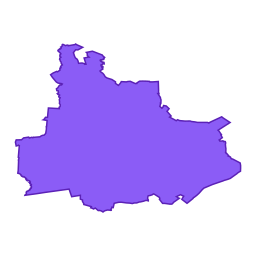 Zantes pag., Kandavas, Latvia
{"feature_id": "27541924B93807548705439", "entity_name": "Zantes pag.", "entity_type": "district", "adm_level": 2, "iso_a3": "LVA", "parent_name": "Latvia", "parent_adm1": "Kandavas", "projection": "natural_earth1", "projection_center": [22.704, 56.858], "detail": "fine", "context": "isolated", "style": "filled", "palette": "violet", "viewbox_px": 256, "rotation_deg": 0, "n_neighbors": 0, "source": "geoboundaries", "source_scale": "gbopen_adm2", "svg_char_len": 5479}
<svg xmlns="http://www.w3.org/2000/svg" viewBox="0 0 256 256"><path d="M102.3,55.0L92.4,51.2L86.4,52.4L87.2,53.2L87.3,55.5L88.9,57.1L88.4,57.1L84.1,58.0L86.0,64.2L84.8,64.3L84.5,63.7L82.1,63.0L78.6,63.3L78.0,60.9L77.2,59.3L77.0,59.1L75.4,57.9L74.7,56.5L74.1,54.9L74.1,54.6L73.4,52.7L75.6,49.8L77.9,49.9L82.7,47.3L77.1,44.9L75.6,44.0L74.9,44.6L68.4,45.7L68.4,45.4L68.2,45.4L67.8,45.2L67.3,45.1L67.1,45.1L65.5,45.6L63.3,44.5L62.6,44.4L62.4,44.5L62.5,44.7L62.2,45.2L61.9,46.4L61.7,46.6L61.0,46.9L60.7,47.1L61.1,47.5L61.2,47.8L60.8,48.7L60.5,48.9L60.3,49.0L59.9,48.8L59.5,48.9L59.5,49.4L59.3,49.6L58.7,49.7L58.3,49.9L58.0,50.4L57.9,50.7L58.4,51.4L59.1,51.9L59.9,52.6L60.4,53.1L60.4,53.3L60.8,53.5L60.7,53.9L60.5,54.1L60.2,54.2L60.1,54.4L60.4,54.6L60.1,55.0L59.8,55.8L59.9,56.3L60.9,57.2L59.8,58.1L59.6,59.4L60.1,59.9L60.2,60.9L61.1,62.1L61.3,63.6L61.8,64.0L62.3,64.9L61.5,65.4L60.9,66.2L60.6,66.8L60.5,67.0L60.8,67.3L60.6,67.4L60.6,68.1L59.9,68.3L59.9,69.5L60.0,70.1L57.6,71.8L56.7,71.4L53.1,73.0L50.6,74.7L52.5,77.5L56.3,82.0L58.1,83.1L61.5,83.6L62.3,84.0L61.6,84.9L59.7,85.1L58.9,86.0L57.8,87.8L56.4,88.8L56.8,90.6L58.1,90.7L58.5,92.7L58.2,93.0L57.9,93.1L57.8,93.4L57.3,93.6L57.9,94.4L58.9,94.6L59.6,95.1L58.7,96.3L59.0,97.2L60.1,97.7L59.9,98.2L59.3,99.5L59.6,101.8L59.4,103.4L60.3,104.8L60.1,106.6L59.1,107.3L59.3,108.6L48.4,108.0L47.5,117.4L45.5,117.3L43.8,119.6L43.4,119.8L47.1,120.5L46.6,126.6L46.3,126.6L46.4,128.4L46.3,129.9L46.2,130.3L45.7,133.4L44.2,135.1L42.3,135.4L40.7,136.2L40.0,136.8L34.2,137.3L33.3,137.2L32.9,137.7L31.7,137.3L29.3,138.0L28.7,137.1L23.6,137.9L21.5,139.8L16.2,139.9L15.4,142.1L16.2,146.0L18.3,145.4L18.4,145.2L18.9,145.4L19.2,145.8L19.3,145.8L18.6,153.8L18.3,157.1L18.3,157.3L18.5,157.3L19.0,157.9L18.4,160.0L18.6,160.1L18.2,170.5L17.8,173.2L19.6,173.7L19.8,173.9L20.7,174.5L20.9,174.8L21.0,174.9L20.9,175.1L21.0,175.3L21.3,175.8L21.8,176.1L21.9,176.3L22.8,176.4L22.9,176.5L23.0,176.9L24.0,177.0L24.5,176.9L24.6,177.0L24.7,177.3L24.9,177.5L25.7,178.0L25.6,178.3L25.7,178.5L26.0,178.9L26.4,178.8L26.6,179.0L26.1,179.2L26.1,179.4L26.4,179.4L26.4,179.6L26.2,179.6L26.5,180.1L27.3,180.8L27.5,180.8L27.7,180.5L28.0,180.4L28.6,180.5L29.1,180.8L29.6,180.8L29.8,181.2L29.7,181.5L29.4,181.8L29.3,182.1L29.6,182.1L29.8,181.9L30.3,182.1L30.2,182.5L29.9,182.6L30.2,182.7L30.2,182.9L29.8,183.3L29.8,183.6L30.8,184.0L31.0,184.5L31.4,184.7L31.3,185.1L30.8,185.2L30.5,185.4L30.7,185.7L31.0,185.9L31.5,186.7L31.5,187.2L31.2,187.7L31.2,188.1L30.8,188.5L30.4,188.2L30.3,188.3L30.2,188.5L30.3,189.1L29.7,189.5L29.8,189.8L29.8,190.0L29.7,190.1L29.3,190.1L28.7,190.5L28.2,190.6L28.0,191.1L27.8,191.2L27.2,191.2L26.8,191.4L26.6,191.5L26.6,191.8L26.3,192.1L26.2,192.5L26.4,192.7L26.4,192.9L26.4,193.4L26.3,193.7L26.3,194.1L25.6,194.5L25.4,194.8L25.0,195.0L24.9,195.3L36.6,193.7L45.1,192.4L69.1,189.1L70.5,193.3L71.7,196.7L80.4,195.3L80.3,199.1L81.4,199.6L82.5,200.0L82.5,201.5L83.8,203.6L83.8,204.5L91.3,206.6L90.7,207.8L91.8,208.1L93.6,209.0L95.0,208.2L95.3,208.1L96.2,208.8L98.1,210.5L99.0,210.6L99.4,210.4L101.2,210.9L101.6,211.1L103.0,212.0L104.6,210.8L107.5,210.0L110.0,210.2L110.9,210.4L111.2,210.3L110.9,209.2L111.4,209.0L111.5,208.7L111.9,207.2L113.2,207.6L114.2,203.3L118.6,202.3L121.1,202.2L126.3,202.9L129.7,203.1L132.0,203.5L132.6,203.5L134.0,203.0L136.8,202.9L139.3,202.0L140.5,201.9L143.6,201.2L145.5,200.5L147.3,200.4L148.1,200.9L148.3,200.9L148.3,199.9L147.9,199.1L147.6,198.4L147.9,196.4L148.2,195.8L150.0,195.5L152.2,194.8L153.0,194.2L153.3,193.9L154.5,194.3L155.3,194.8L159.4,197.4L159.8,198.4L159.4,199.3L162.6,203.4L164.6,203.4L166.2,203.6L169.7,204.1L171.6,204.1L172.4,203.8L173.6,202.3L179.3,198.3L178.0,197.8L177.2,197.0L176.5,196.6L180.5,194.7L183.7,196.2L181.8,199.3L187.0,203.3L188.7,202.0L193.1,198.4L193.4,197.6L194.2,197.3L196.7,195.4L199.0,193.3L202.3,189.6L203.9,188.1L212.7,184.4L223.0,180.9L224.2,180.4L227.9,179.3L230.3,178.4L233.2,176.3L237.0,173.6L237.2,173.3L238.6,172.3L240.5,171.2L240.5,170.7L240.6,168.4L240.6,165.5L240.2,163.0L232.6,159.0L231.3,158.8L230.4,157.0L228.7,156.2L229.0,156.1L226.5,153.2L226.2,153.3L225.6,152.3L225.8,152.2L225.9,148.6L225.6,146.7L225.4,144.1L225.7,143.0L225.3,141.6L224.8,141.4L223.5,141.6L223.0,140.8L221.3,141.1L220.1,141.1L219.8,141.0L219.8,140.9L219.2,140.0L219.8,139.7L221.6,138.1L222.3,137.7L220.9,134.9L221.4,134.6L218.6,130.6L218.1,130.2L230.1,122.5L223.2,118.0L221.7,116.8L210.1,122.2L210.1,122.3L208.9,122.8L208.8,123.0L207.4,122.4L204.5,122.4L197.4,122.4L194.9,121.9L191.5,121.5L190.1,121.0L185.2,121.1L179.6,120.6L177.6,119.7L176.2,120.7L174.1,119.5L169.6,117.1L171.1,116.0L167.0,111.3L169.1,108.7L166.3,106.0L163.6,105.5L163.0,107.0L162.5,107.7L161.9,108.2L159.8,106.4L160.5,104.1L160.4,103.1L160.9,103.1L161.0,99.9L160.3,97.8L160.4,97.4L158.8,95.1L158.6,94.6L157.9,93.6L159.0,93.6L158.5,92.0L158.6,90.9L158.3,81.5L152.5,81.9L152.4,81.9L149.8,81.9L149.5,81.4L146.7,81.2L142.7,81.1L139.5,81.2L136.2,83.4L136.3,83.5L135.4,83.6L130.2,81.3L127.8,81.5L126.3,81.9L121.3,81.6L120.4,83.2L118.4,85.4L115.5,83.4L115.5,81.8L111.9,79.5L107.1,78.0L105.2,76.8L105.1,76.6L104.0,74.7L102.8,73.3L100.5,71.7L100.0,71.0L101.8,69.6L102.7,69.4L102.8,68.6L102.0,67.7L103.1,67.0L102.6,66.3L101.6,66.3L101.2,66.1L101.0,65.8L101.1,64.8L102.2,64.6L102.6,63.9L104.2,63.9L104.0,62.4L103.8,62.2L102.2,62.3L101.9,61.4L100.7,61.2L100.3,60.7L100.2,60.2L100.4,59.9L103.5,59.5L103.4,58.9L104.1,58.7L104.0,58.4L103.9,57.9L104.6,57.4L102.9,55.9L102.5,55.4L102.3,55.0Z" fill="#8b5cf6" stroke="#5b21b6" stroke-width="1.5"/></svg>